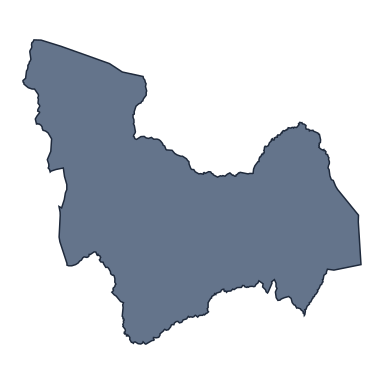 Pusiga, Upper East, Ghana (Equal Earth projection)
{"feature_id": "2480657B9973692574538", "entity_name": "Pusiga", "entity_type": "district", "adm_level": 2, "iso_a3": "GHA", "parent_name": "Ghana", "parent_adm1": "Upper East", "projection": "equal_earth", "projection_center": [-0.091, 11.076], "detail": "fine", "context": "isolated", "style": "filled", "palette": "slate", "viewbox_px": 384, "rotation_deg": 0, "n_neighbors": 0, "source": "geoboundaries", "source_scale": "gbopen_adm2", "svg_char_len": 5993}
<svg xmlns="http://www.w3.org/2000/svg" viewBox="0 0 384 384"><path d="M361.0,264.6L358.3,221.9L358.5,215.2L337.5,189.4L335.6,186.2L333.3,180.5L331.3,179.6L329.9,175.8L329.1,169.7L328.0,167.9L328.6,165.2L329.3,163.7L329.4,161.8L328.5,159.1L328.9,157.8L328.0,156.4L327.8,155.1L327.1,154.4L326.4,154.5L325.6,153.3L326.0,151.8L325.0,150.6L324.1,150.7L323.9,149.5L322.5,150.0L320.6,148.9L318.8,147.2L319.3,146.2L318.9,145.5L319.3,144.5L319.2,143.3L320.4,142.5L320.6,139.8L319.4,134.3L318.7,134.3L318.0,133.1L313.6,131.2L312.9,130.2L312.0,130.6L310.8,130.3L309.4,130.9L309.1,129.6L308.5,129.3L306.2,129.1L305.7,127.5L306.0,125.5L304.3,124.2L302.5,123.8L301.9,122.6L301.0,122.8L299.9,122.3L298.5,123.9L299.0,124.6L298.7,125.1L296.6,127.5L294.3,127.2L293.6,128.0L293.0,127.4L292.0,127.4L290.9,128.1L288.2,127.7L287.8,129.0L287.1,129.2L286.7,130.0L286.1,129.9L284.5,131.0L283.8,130.6L282.8,131.0L282.0,132.8L281.6,132.5L280.1,134.9L277.7,135.0L277.5,135.9L277.1,136.0L277.3,137.2L275.8,137.2L274.7,137.8L274.0,140.0L272.1,139.9L272.4,138.8L271.8,139.1L271.2,140.2L271.3,141.0L269.5,142.6L268.3,145.7L266.2,146.7L265.2,146.2L264.5,147.2L264.2,149.9L263.8,150.3L264.2,151.0L264.2,152.8L263.2,153.1L262.7,154.5L261.9,154.2L260.6,156.8L259.7,157.1L259.0,159.5L259.0,161.5L258.0,161.6L254.9,165.8L253.6,169.0L253.1,173.3L252.7,173.5L249.7,173.4L248.1,173.9L240.1,172.3L239.5,172.9L238.6,172.9L237.1,174.5L236.2,174.8L235.8,176.1L234.7,176.2L233.2,175.1L232.6,175.3L229.9,172.9L227.4,174.1L225.0,176.2L222.8,175.6L221.8,176.1L220.3,175.8L217.6,177.1L213.4,174.9L213.0,174.0L211.5,173.3L210.9,172.1L210.3,171.8L208.6,171.7L205.4,173.3L204.1,172.5L203.5,172.9L203.6,173.9L203.3,174.2L200.6,173.6L198.9,173.9L195.2,171.8L193.8,169.6L191.6,169.4L190.8,168.5L189.1,164.1L188.9,161.6L187.6,160.5L186.5,158.8L182.5,156.2L180.8,156.2L177.1,154.9L174.7,153.4L172.1,150.3L166.5,149.9L165.9,149.3L164.7,146.1L163.1,145.1L162.5,143.4L160.5,140.9L158.8,139.6L157.0,139.1L153.7,139.2L151.4,137.4L148.5,138.4L146.1,137.9L144.2,136.4L140.9,136.6L136.6,139.4L135.2,138.9L134.7,138.4L134.3,136.9L133.5,136.5L133.6,135.3L135.2,132.7L135.4,131.6L134.3,125.5L133.4,123.9L134.0,122.7L133.9,119.7L133.0,117.3L133.1,114.6L134.1,114.3L134.3,113.7L134.2,111.7L136.0,106.2L138.7,103.8L141.0,102.9L141.6,101.5L142.8,100.9L143.4,98.9L146.2,95.2L146.2,92.3L146.7,91.0L145.5,86.6L146.1,83.7L145.3,82.3L144.8,80.0L143.5,78.4L143.1,76.5L122.3,72.0L109.5,63.6L61.0,46.3L41.1,40.1L33.9,39.9L33.1,41.7L31.9,42.7L31.5,44.8L31.8,46.6L31.6,48.0L30.1,50.4L29.8,51.7L30.9,59.3L30.1,61.1L29.4,61.8L29.1,63.5L27.9,65.3L27.9,67.5L27.4,69.6L26.5,70.9L25.6,78.3L23.0,80.5L23.0,81.3L23.2,82.2L23.8,82.6L24.0,84.2L28.3,87.7L32.0,89.0L34.6,89.1L38.3,94.5L38.5,96.0L37.8,97.8L38.4,99.1L38.0,103.2L39.6,105.3L39.7,106.3L37.9,109.4L37.7,111.1L39.5,112.0L39.6,112.7L37.0,116.0L35.3,119.0L36.5,124.0L37.6,123.6L38.0,124.1L39.2,124.0L41.0,125.3L42.1,126.9L42.2,128.3L43.0,130.3L45.5,131.0L48.1,132.9L51.6,138.9L50.8,151.3L47.3,159.7L48.8,164.2L48.8,166.8L48.3,167.5L48.3,168.3L49.4,169.2L50.2,172.0L51.1,171.1L55.9,169.5L63.3,168.0L64.5,176.5L66.8,184.5L66.8,189.6L65.4,192.9L64.3,199.5L61.6,207.9L59.0,206.5L60.1,212.1L60.2,215.5L59.1,237.1L59.9,241.8L66.9,263.2L67.0,265.2L68.8,265.8L71.8,265.8L75.6,264.6L78.3,262.9L79.6,261.1L81.4,260.1L82.8,257.8L84.1,256.9L86.9,257.4L88.1,256.9L88.9,256.1L89.2,254.4L90.3,254.5L94.1,251.9L95.9,252.1L97.0,255.0L97.5,255.3L98.0,254.5L98.4,255.3L99.8,255.8L100.7,257.3L100.2,258.0L100.2,259.1L99.4,259.8L100.4,261.4L100.7,261.9L103.2,262.3L103.5,263.6L105.8,267.4L107.5,267.3L108.5,268.2L110.4,271.5L110.7,273.8L112.4,275.2L113.2,275.1L114.1,275.8L114.9,278.7L114.8,282.2L115.9,284.1L115.1,285.2L114.8,286.6L113.1,288.2L113.0,289.4L113.5,290.1L113.1,291.0L111.8,292.2L114.2,294.8L116.2,296.1L120.6,301.5L123.5,302.7L122.7,304.8L123.1,307.6L122.2,316.3L122.9,317.1L123.0,318.8L123.7,318.8L124.1,320.1L123.3,321.1L123.7,322.3L122.8,324.6L123.3,325.8L122.9,326.4L125.1,329.2L125.4,330.6L125.0,331.9L124.3,332.1L124.2,333.4L124.8,334.0L125.5,333.6L126.4,335.0L126.5,336.0L127.3,336.0L127.8,335.0L129.5,336.9L129.9,337.8L129.7,339.4L131.4,342.3L132.1,342.3L133.4,343.3L134.1,342.1L135.2,341.9L138.1,343.7L140.8,344.0L142.5,343.1L143.1,341.8L145.3,344.0L145.9,344.1L151.9,340.6L153.8,340.3L154.1,339.7L153.4,338.5L153.5,337.5L156.4,337.8L158.7,337.3L159.9,335.4L160.1,333.7L163.5,330.9L163.8,330.2L164.8,329.3L166.2,330.2L168.4,329.7L170.7,326.8L171.3,325.0L172.1,324.6L173.9,324.7L174.4,323.0L176.2,321.6L177.9,321.4L179.4,322.9L181.3,322.4L181.9,322.1L183.2,319.9L186.6,318.9L188.3,316.4L189.3,317.2L190.8,316.8L192.5,317.2L193.9,316.7L194.8,315.6L195.5,315.3L197.7,317.1L199.3,315.4L202.7,315.3L203.7,314.4L204.6,314.9L206.1,313.3L206.7,313.4L208.5,311.8L207.5,310.5L207.6,309.4L207.2,308.8L208.1,307.5L208.1,302.7L210.7,298.3L211.5,298.1L211.8,296.4L214.1,295.1L214.6,293.7L215.8,294.6L216.3,293.2L220.6,291.8L221.4,290.1L222.8,289.3L223.8,289.2L224.1,291.0L224.7,291.4L225.8,291.0L226.5,292.3L227.7,291.2L230.9,291.0L232.7,289.1L234.1,289.6L237.1,287.6L241.4,287.4L242.6,285.5L244.1,285.6L244.8,286.8L246.9,287.4L247.4,286.9L248.5,287.2L249.5,286.5L252.2,286.3L253.8,286.7L254.9,286.4L256.0,284.4L257.9,283.0L258.9,280.8L263.1,283.8L262.6,286.9L265.5,289.8L266.1,291.8L267.5,293.0L268.3,291.8L272.0,283.2L271.6,281.8L274.4,279.6L276.0,283.2L276.0,286.6L277.0,288.4L275.4,292.0L276.2,297.7L277.9,300.4L280.1,300.1L281.2,299.0L284.3,297.7L288.7,296.5L291.1,298.4L292.2,302.6L293.9,304.8L295.2,305.3L296.7,308.1L297.8,307.9L300.4,308.8L301.2,310.1L303.2,311.5L303.1,313.0L304.1,313.5L304.3,315.4L304.8,314.7L305.4,310.9L304.8,309.7L306.1,309.2L307.1,306.2L309.5,304.0L309.3,302.6L310.8,301.9L312.3,298.7L312.9,298.3L313.2,296.9L314.3,296.6L315.0,294.7L316.2,293.9L317.8,291.3L317.5,290.1L317.9,290.1L319.4,287.7L320.4,285.0L321.6,284.5L322.4,282.1L322.8,282.1L323.0,281.4L322.5,279.6L323.2,279.3L323.9,275.3L326.4,273.3L326.4,272.0L327.4,269.2L333.9,270.1L361.0,264.6Z" fill="#64748b" stroke="#1e293b" stroke-width="1.5"/></svg>